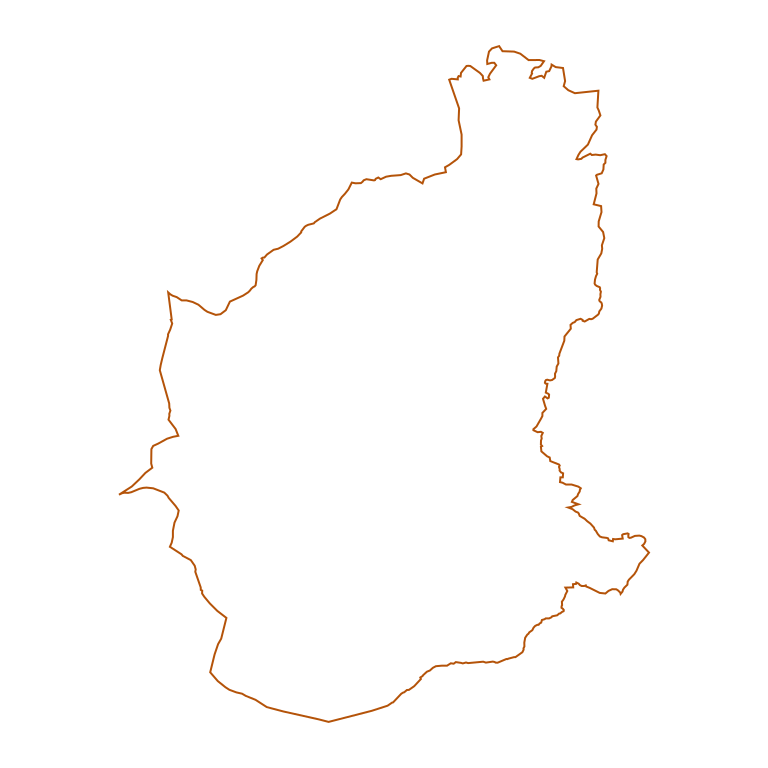 Arieseni, Alba, Romania (Robinson projection)
{"feature_id": "2599482B47449436193929", "entity_name": "Arieseni", "entity_type": "district", "adm_level": 2, "iso_a3": "ROU", "parent_name": "Romania", "parent_adm1": "Alba", "projection": "robinson", "projection_center": [22.749, 46.504], "detail": "fine", "context": "isolated", "style": "outline", "palette": "amber", "viewbox_px": 768, "rotation_deg": 0, "n_neighbors": 0, "source": "geoboundaries", "source_scale": "gbopen_adm2", "svg_char_len": 6073}
<svg xmlns="http://www.w3.org/2000/svg" viewBox="0 0 768 768"><path d="M328.6,721.9L371.8,710.8L387.6,705.7L392.1,702.6L393.1,702.4L401.3,693.7L403.3,692.5L404.2,692.3L406.9,690.0L408.9,689.9L414.2,686.2L420.9,679.0L420.3,677.5L422.5,676.1L423.2,675.1L426.9,671.7L429.9,670.5L432.9,667.8L435.9,666.2L441.5,665.7L447.0,665.7L450.8,663.3L453.7,663.7L455.8,662.1L461.1,662.9L462.8,663.4L466.0,662.5L468.1,663.1L483.2,661.7L485.9,662.6L492.8,661.6L494.7,662.0L495.5,662.6L497.6,662.7L506.4,659.0L507.6,659.1L508.2,658.7L514.2,657.1L515.5,657.1L522.4,652.2L523.6,649.7L523.5,648.3L524.4,646.5L524.3,642.6L525.2,637.7L527.3,634.6L528.5,633.7L529.2,632.4L532.3,630.2L533.6,627.6L535.2,625.9L537.4,624.8L538.6,624.8L539.6,623.5L541.2,622.6L541.9,620.0L544.6,619.2L545.7,618.4L549.1,618.4L551.4,617.3L552.2,616.3L557.2,615.3L559.1,613.6L560.3,613.4L561.9,612.0L563.6,611.2L563.8,610.0L562.9,608.8L561.5,607.8L561.6,606.2L562.1,605.2L561.9,601.7L563.5,599.5L565.0,596.4L565.3,594.9L567.3,591.0L565.4,587.6L573.2,587.4L573.0,584.2L576.0,583.9L576.3,582.5L578.7,583.7L579.9,585.1L581.7,586.0L584.3,586.0L585.8,585.4L586.2,586.5L589.7,587.9L599.7,592.9L605.4,593.5L608.5,590.9L612.2,589.2L616.3,589.3L617.9,590.3L620.3,592.6L620.6,593.9L622.5,591.6L623.0,589.7L624.4,587.6L627.4,584.7L627.7,581.6L629.0,579.6L634.3,574.2L636.5,570.7L639.5,563.7L643.1,560.0L649.0,552.6L642.3,545.5L644.1,543.9L645.4,541.4L645.3,539.2L644.0,537.5L641.4,536.1L639.3,535.6L634.9,535.9L630.9,537.7L629.5,537.9L628.4,537.2L628.3,535.6L628.6,534.0L627.6,533.4L623.2,534.2L622.1,535.1L622.7,538.6L615.2,539.3L613.1,539.0L612.8,541.3L608.7,540.3L608.1,538.4L606.8,537.9L602.0,537.3L599.9,536.5L597.8,534.1L595.8,530.7L594.7,529.7L594.0,527.6L590.4,523.6L587.2,521.2L584.8,518.9L579.7,515.9L578.7,513.4L577.9,512.5L575.6,511.6L572.6,509.2L568.2,507.5L571.6,506.9L574.5,505.4L578.5,504.3L571.9,501.9L572.7,500.0L577.4,496.1L578.1,494.0L579.7,491.5L579.9,489.8L580.8,488.3L578.3,486.6L571.5,484.5L565.9,484.5L562.5,482.7L560.0,482.1L560.4,477.3L562.8,477.3L563.1,473.3L561.0,472.4L559.6,470.6L559.7,469.1L559.0,466.9L559.7,465.5L559.0,464.5L550.3,461.1L549.7,457.5L547.1,456.3L541.4,451.4L540.9,446.7L542.1,446.0L540.9,444.6L541.0,440.5L541.7,438.5L541.3,436.0L542.8,432.9L540.9,431.8L537.6,432.2L533.4,430.2L533.4,429.2L536.5,426.5L541.1,418.5L542.4,416.0L542.4,412.9L546.2,408.9L545.0,405.6L543.0,398.8L544.9,396.5L547.6,398.4L548.8,397.7L549.1,394.7L548.5,393.9L545.8,392.6L547.4,383.8L545.6,383.6L544.9,382.8L545.2,381.2L545.9,380.1L547.2,379.7L550.0,380.4L552.1,380.0L554.8,378.0L555.1,376.7L555.0,373.7L556.3,371.1L556.7,366.6L558.4,363.5L558.0,357.4L559.2,355.7L559.4,353.7L564.3,340.7L564.5,336.5L570.8,328.7L570.5,324.9L572.7,322.9L574.7,322.1L576.4,320.1L580.6,318.8L582.6,319.9L582.7,320.8L584.7,321.5L589.3,318.9L591.1,319.2L592.6,318.8L598.1,314.6L598.9,313.5L599.3,311.4L601.4,308.6L602.1,305.6L601.8,303.7L601.3,302.5L599.7,301.3L599.2,300.0L600.5,296.8L600.4,294.1L600.9,291.7L600.0,289.9L600.1,288.1L599.7,287.2L596.6,285.9L595.1,284.6L594.6,283.5L595.0,279.6L596.0,276.1L597.2,273.7L596.7,272.3L597.7,259.5L601.3,253.4L602.2,248.8L601.9,245.3L604.3,238.1L603.1,232.0L598.6,226.5L598.7,221.4L601.5,212.1L601.1,206.1L593.7,204.3L596.5,193.4L596.3,188.6L598.5,183.9L596.1,175.5L596.9,174.8L601.7,173.3L603.4,169.5L603.7,164.5L605.4,162.8L605.4,159.9L606.6,156.1L604.9,154.2L600.2,155.2L595.7,154.6L591.8,155.0L590.3,153.7L582.5,157.6L581.4,158.8L578.1,159.4L576.5,159.1L578.5,154.8L580.5,151.7L587.9,144.6L592.1,135.2L596.5,129.6L596.9,126.8L595.4,124.7L595.9,121.6L600.4,115.4L598.8,110.6L597.4,107.5L598.4,90.7L574.9,93.2L568.3,90.2L563.7,86.2L565.1,81.1L563.0,68.0L555.7,67.1L551.6,64.6L551.4,66.5L549.2,71.1L546.3,71.7L544.2,77.8L541.7,75.8L539.2,76.2L532.3,78.8L529.8,77.8L532.1,73.5L531.7,72.9L532.1,70.9L533.9,68.4L535.1,67.5L538.3,67.3L540.7,65.9L544.0,61.2L539.5,60.0L528.6,60.1L520.3,53.7L514.1,51.6L502.5,51.2L499.1,46.1L492.0,48.4L489.0,51.6L487.1,60.4L487.3,64.0L491.7,62.8L494.3,62.8L496.2,65.3L490.0,73.7L488.3,77.2L489.4,79.4L483.6,80.7L483.0,78.4L482.8,76.0L479.9,72.9L470.3,66.0L468.2,65.8L466.5,66.0L461.0,72.9L460.6,76.5L458.6,76.1L457.8,77.5L457.8,79.4L451.6,78.8L449.2,79.7L459.1,108.4L458.6,120.3L461.6,134.6L461.6,146.6L461.1,154.4L457.1,159.1L449.2,164.9L445.0,167.3L445.9,172.2L434.8,174.5L424.1,178.7L422.5,183.4L412.8,177.8L409.5,174.5L405.9,173.4L400.7,175.1L391.2,175.8L386.1,176.7L380.7,179.2L378.3,177.5L375.7,178.8L375.0,180.1L374.0,180.4L366.4,179.2L363.7,180.3L362.5,181.8L360.9,183.1L355.5,183.3L351.8,182.6L348.4,189.4L344.9,193.8L341.8,197.1L340.2,199.5L336.5,209.2L329.9,213.6L320.0,218.6L314.9,222.1L313.8,223.4L308.2,224.8L306.1,225.8L304.7,226.8L301.2,231.4L301.2,232.4L297.2,236.6L290.5,241.6L283.4,246.0L278.2,248.7L273.6,249.8L267.0,254.5L264.4,257.5L262.9,257.6L261.6,258.4L262.8,260.1L259.3,265.8L257.2,271.3L256.6,274.0L256.4,280.0L255.6,285.3L254.5,286.5L253.4,286.9L251.3,288.7L249.9,290.6L248.2,292.3L243.1,295.6L229.9,301.6L225.8,310.2L220.5,314.2L215.8,314.9L207.4,311.8L204.5,309.9L198.4,304.7L192.7,302.0L186.5,300.4L181.7,300.4L176.7,297.1L172.6,295.7L170.3,294.3L168.2,292.4L171.7,319.5L170.8,319.8L172.2,323.5L170.2,329.6L168.0,334.4L168.1,335.8L162.3,358.2L160.7,365.0L159.8,370.2L169.2,403.5L169.4,407.8L170.4,410.6L169.3,413.8L169.4,415.9L168.5,419.7L175.6,429.0L178.3,435.8L173.1,436.8L167.1,438.7L158.2,443.6L153.2,445.9L151.4,449.1L151.2,463.6L152.3,467.7L145.4,472.9L139.3,479.4L131.8,486.5L119.0,494.7L122.1,493.2L124.5,492.7L128.1,492.9L131.3,492.2L139.5,488.8L143.1,487.9L146.5,487.6L153.2,488.3L164.3,492.6L167.5,495.7L168.7,497.9L175.6,506.0L178.7,510.5L177.5,516.2L174.5,522.6L172.9,530.8L172.9,537.1L171.7,542.7L169.9,546.8L181.5,554.3L182.8,555.9L190.8,560.1L194.7,565.7L195.7,569.4L195.3,571.8L200.7,587.4L200.8,589.9L202.2,590.6L202.1,593.5L204.3,596.8L209.8,603.4L217.3,610.9L226.4,617.9L221.2,638.7L218.1,644.1L214.6,654.4L210.2,672.3L217.8,681.1L225.4,687.2L229.4,689.8L236.4,692.4L242.1,693.7L245.8,695.9L255.5,699.8L266.8,707.1L283.5,711.5L318.9,719.4L328.6,721.9Z" fill="none" stroke="#b45309" stroke-width="2"/></svg>